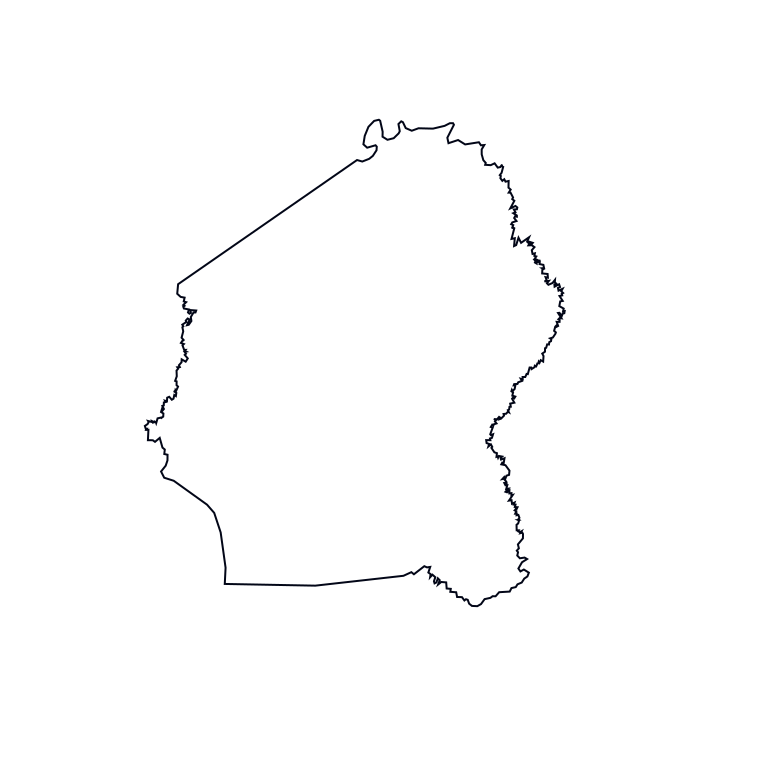 Puerto Rico, Meta, Colombia, rotated 214°
{"feature_id": "7082276B74831898220162", "entity_name": "Puerto Rico", "entity_type": "district", "adm_level": 2, "iso_a3": "COL", "parent_name": "Colombia", "parent_adm1": "Meta", "projection": "natural_earth1", "projection_center": [-73.12, 2.752], "detail": "fine", "context": "isolated", "style": "outline", "palette": "ink", "viewbox_px": 768, "rotation_deg": 214, "n_neighbors": 0, "source": "geoboundaries", "source_scale": "gbopen_adm2", "svg_char_len": 6166}
<svg xmlns="http://www.w3.org/2000/svg" viewBox="0 0 768 768"><g transform="rotate(214 384 384)"><path d="M531.6,554.6L610.5,351.6L605.9,343.2L601.3,342.5L597.6,344.1L596.2,340.5L593.8,341.2L594.6,337.2L593.1,337.2L593.6,335.8L592.1,334.7L587.4,336.7L586.5,333.7L584.6,333.5L583.9,335.0L585.9,337.0L580.8,339.9L580.3,337.9L581.9,336.7L581.6,331.5L578.9,328.5L579.0,323.9L580.2,322.6L581.2,328.8L583.4,328.5L583.8,325.7L582.6,324.8L584.4,320.4L582.6,319.6L582.9,318.3L579.9,315.4L577.7,309.2L573.9,308.2L575.3,307.9L575.3,304.5L572.3,305.2L572.7,303.4L568.7,300.5L567.6,301.3L567.7,300.0L566.3,300.2L567.4,299.2L565.1,298.4L565.5,296.7L561.0,295.5L560.9,291.6L565.5,291.3L564.0,288.8L564.5,284.9L562.8,283.9L564.7,282.3L563.2,281.7L563.5,279.1L560.1,274.5L558.9,269.8L557.4,270.2L555.3,267.0L553.3,266.7L552.5,262.1L553.5,262.4L552.9,261.1L554.3,260.5L551.2,260.5L549.8,257.6L551.7,257.6L550.3,254.1L551.1,252.3L554.9,253.3L556.1,251.4L554.3,248.3L556.2,247.7L554.9,247.0L556.2,245.6L554.6,243.1L555.5,241.9L552.5,240.2L552.7,238.0L554.0,238.8L553.2,236.1L550.4,236.2L548.8,233.5L549.9,230.5L549.9,231.7L552.5,228.9L551.0,224.2L552.1,225.0L553.1,223.8L553.1,225.3L553.7,223.8L555.7,223.5L554.9,222.8L558.9,221.4L557.8,220.9L557.6,218.5L558.8,215.5L556.4,213.6L555.6,214.2L555.5,213.0L553.7,214.3L548.3,205.4L544.2,208.1L541.5,208.0L539.8,213.9L532.1,207.4L529.1,207.1L527.0,203.1L523.9,204.3L520.8,199.6L519.3,194.2L519.9,186.8L513.8,183.4L504.2,186.2L463.2,185.0L452.7,182.2L436.4,169.6L412.6,143.1L404.2,129.2L328.2,178.4L260.6,235.9L256.1,243.3L252.8,243.0L248.7,255.5L245.8,256.0L243.4,258.2L241.8,252.5L239.0,252.4L237.7,249.6L237.2,253.0L233.4,252.5L232.3,248.4L230.6,247.0L229.6,248.8L230.7,253.0L228.1,252.5L227.0,248.1L225.8,251.9L221.5,254.3L217.7,249.5L214.1,251.5L212.8,248.8L207.7,251.7L204.3,248.3L200.2,250.9L196.3,249.5L195.7,251.4L193.9,251.9L190.6,249.5L187.0,249.2L182.4,252.0L180.5,255.8L180.3,261.9L176.2,266.2L175.3,268.8L172.8,270.4L172.1,275.8L163.7,282.2L164.2,286.1L161.2,289.3L161.3,292.6L158.8,296.4L158.9,301.1L157.5,304.6L158.4,308.6L164.3,308.4L166.1,304.9L169.4,306.2L169.9,313.4L167.5,318.9L170.4,318.7L173.9,315.5L177.6,316.3L178.8,319.5L180.7,320.1L180.3,323.2L183.3,325.9L182.5,333.7L184.9,337.4L186.2,338.1L187.5,336.6L187.7,338.7L188.5,337.1L190.2,336.9L190.4,338.1L192.2,336.9L195.4,341.4L194.8,343.4L195.7,346.4L196.9,346.2L196.0,347.0L197.0,347.1L196.9,348.8L199.4,350.6L200.7,349.3L201.5,350.8L202.7,349.9L203.1,352.5L205.0,352.3L204.8,353.7L203.9,353.4L205.2,354.7L204.2,354.9L204.4,356.5L206.8,355.2L207.5,357.5L209.0,356.6L209.5,358.7L210.9,356.3L213.3,359.0L215.2,357.2L215.2,364.0L216.1,362.9L217.3,364.8L218.9,363.4L220.5,365.9L221.4,363.0L223.0,362.6L222.4,366.8L224.0,365.4L225.2,369.1L226.0,368.5L226.8,369.7L227.1,368.2L228.9,369.2L227.2,370.7L228.0,371.4L231.7,372.4L232.7,371.4L232.3,374.2L230.4,373.2L231.2,376.5L229.5,378.6L231.5,382.3L237.9,384.6L241.8,383.0L242.0,385.0L240.6,385.5L242.6,389.8L244.7,386.8L246.0,388.0L245.5,389.9L248.5,388.6L248.2,386.7L249.2,387.5L250.0,386.5L251.7,389.8L254.3,389.1L259.2,391.1L259.1,392.4L261.6,393.7L262.5,390.6L263.3,393.1L265.9,392.4L267.9,394.6L264.4,396.9L265.7,398.1L264.4,399.7L265.5,403.3L266.8,401.4L267.8,401.7L269.5,408.6L271.4,408.1L271.5,410.8L270.1,410.7L270.4,412.0L268.7,414.2L271.1,415.0L270.9,416.6L273.3,416.4L270.5,418.0L270.2,421.1L268.7,421.1L268.5,419.5L267.6,420.7L266.8,424.9L268.1,426.0L266.1,427.7L265.8,430.3L264.7,430.4L266.7,431.6L266.0,432.8L267.2,435.2L266.2,436.1L268.4,438.3L265.5,441.4L269.6,443.4L269.4,444.9L268.0,444.9L268.1,447.0L271.1,446.1L272.3,449.2L274.3,449.2L274.7,450.6L273.5,449.9L272.9,452.9L274.4,456.5L275.7,455.4L276.0,456.7L273.4,458.7L273.7,460.5L271.3,463.7L273.5,464.8L271.6,465.4L273.0,467.3L270.8,468.8L271.4,472.1L270.3,472.6L272.5,479.1L271.1,480.0L270.0,478.9L268.6,482.1L269.2,483.5L267.7,483.7L268.2,486.5L268.9,486.1L267.6,487.5L268.2,489.0L266.9,488.5L267.4,491.4L264.6,491.6L267.4,496.4L269.8,497.7L268.6,500.8L270.5,503.7L269.8,504.7L270.9,508.1L269.3,509.0L270.4,511.1L269.5,512.9L270.3,514.7L271.8,514.7L270.0,517.0L270.0,521.6L270.4,522.9L272.7,523.2L274.1,527.3L273.6,529.9L273.1,527.6L272.1,529.5L275.6,532.1L273.2,533.7L274.2,535.3L275.6,535.2L275.3,536.9L273.6,537.7L279.4,540.2L278.4,541.1L274.7,540.1L275.2,542.4L274.1,543.5L275.0,545.5L276.2,544.4L277.2,547.0L282.2,546.6L284.1,551.0L282.3,552.8L287.7,555.1L285.8,557.1L287.1,558.1L286.4,559.6L288.9,560.0L289.2,562.8L291.5,559.0L293.5,560.9L292.3,562.8L294.6,564.6L297.0,560.1L298.4,561.8L297.2,563.5L299.3,563.9L300.5,566.0L300.8,561.9L303.2,558.2L305.2,558.6L305.0,561.7L308.2,558.7L307.3,561.1L309.8,562.9L307.6,563.8L309.9,566.7L314.7,564.1L316.6,567.2L316.0,568.5L317.6,568.4L316.1,569.6L318.5,571.9L322.1,570.4L323.3,572.6L324.5,571.3L324.6,572.9L326.8,571.5L324.9,569.2L326.8,569.1L327.1,570.6L328.9,571.1L327.9,572.3L329.1,572.1L329.1,574.9L331.0,574.3L332.0,576.7L333.6,574.9L336.3,577.6L335.8,581.6L339.1,581.7L341.8,579.7L342.1,582.5L339.9,581.8L339.6,584.2L343.1,583.2L343.1,581.7L344.9,582.0L345.8,586.8L349.3,577.7L354.3,580.5L352.1,573.1L353.3,571.1L357.1,578.0L359.4,575.6L363.1,586.0L364.8,585.9L364.9,584.4L365.7,588.0L367.9,587.6L368.0,589.7L365.3,593.2L368.9,594.4L369.1,596.2L367.4,597.0L368.1,598.0L372.3,597.9L371.0,599.8L373.9,601.3L371.5,603.2L372.2,604.9L374.6,605.1L377.5,600.2L378.4,608.8L381.1,609.0L381.3,610.8L386.1,613.4L387.6,612.4L387.7,616.0L390.6,616.4L394.2,622.0L396.4,619.7L398.8,621.0L399.5,618.6L402.6,619.7L403.5,621.8L404.8,621.9L404.6,624.8L406.6,630.6L408.1,630.4L408.8,631.9L408.9,628.9L410.7,627.0L415.7,628.8L417.9,625.1L422.7,622.3L423.3,624.2L426.8,625.1L431.4,629.0L434.2,633.1L434.5,638.2L437.1,636.1L440.5,637.5L450.7,628.0L459.0,627.7L465.2,619.7L469.2,623.6L471.0,638.0L472.6,638.8L475.2,637.1L478.1,631.9L486.2,623.1L498.4,615.3L502.6,609.5L509.1,608.3L514.7,611.6L516.6,611.4L517.4,607.6L512.3,602.4L512.0,600.0L513.4,593.2L517.7,588.4L523.5,588.2L526.2,592.4L534.4,600.1L536.0,600.2L539.3,596.6L540.7,588.5L538.7,578.9L535.1,571.2L530.1,570.5L524.5,577.2L522.7,576.7L520.9,573.6L520.8,566.9L522.2,562.4L526.4,556.3L531.6,554.6Z" fill="none" stroke="#020617" stroke-width="2"/></g></svg>